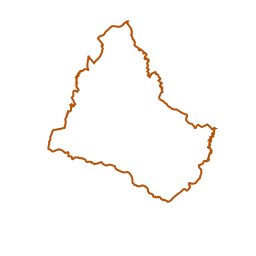 Kong Ra, Phatthalung, Thailand (Mercator projection), rotated 317°
{"feature_id": "78962969B88814874297751", "entity_name": "Kong Ra", "entity_type": "district", "adm_level": 2, "iso_a3": "THA", "parent_name": "Thailand", "parent_adm1": "Phatthalung", "projection": "mercator", "projection_center": [99.958, 7.422], "detail": "fine", "context": "isolated", "style": "outline", "palette": "amber", "viewbox_px": 256, "rotation_deg": 317, "n_neighbors": 0, "source": "geoboundaries", "source_scale": "gbopen_adm2", "svg_char_len": 5787}
<svg xmlns="http://www.w3.org/2000/svg" viewBox="0 0 256 256"><g transform="rotate(317 128 128)"><path d="M185.3,114.1L185.4,111.4L186.0,110.1L185.9,108.4L185.6,108.4L185.3,107.4L186.2,106.2L186.2,105.8L184.0,104.9L182.2,104.4L178.6,105.6L178.4,103.0L180.0,102.9L180.0,102.1L180.2,101.7L180.7,101.6L180.6,99.8L183.1,99.4L183.1,98.3L182.7,97.0L184.8,96.3L184.9,95.8L185.2,95.7L185.3,95.4L185.6,95.3L186.0,93.7L189.1,93.0L189.6,91.9L189.3,91.8L188.9,92.1L188.6,91.8L189.0,91.3L188.6,90.0L188.9,89.6L188.5,89.4L188.3,89.7L188.0,89.6L187.6,89.2L187.6,88.7L188.6,88.9L189.0,88.1L188.8,87.5L188.9,87.4L191.8,86.9L191.7,84.9L191.3,84.6L191.0,84.1L190.2,83.9L190.4,83.6L191.3,83.4L191.0,79.5L190.0,79.0L189.3,79.1L189.1,78.8L189.1,78.5L190.3,77.6L189.7,74.7L189.2,73.6L189.4,71.5L190.3,71.1L191.7,69.7L191.7,68.5L192.3,68.0L192.0,66.2L192.7,65.3L193.6,62.3L193.8,62.1L195.1,61.9L195.5,60.8L196.5,60.3L196.9,59.1L197.9,58.2L197.8,57.1L198.3,56.2L198.8,50.8L199.0,50.3L199.6,50.6L199.9,50.2L199.7,49.9L200.5,49.8L200.1,49.4L198.5,49.1L197.6,49.1L197.4,49.0L195.9,48.9L195.4,48.9L195.2,49.2L194.7,49.0L192.5,49.0L190.1,47.6L187.0,43.7L185.8,42.8L184.8,42.5L176.7,42.5L174.8,43.2L174.1,43.3L170.9,42.3L170.8,42.0L168.9,41.6L167.1,42.0L166.6,49.4L166.0,50.4L165.5,50.4L164.9,49.9L164.5,50.1L164.3,50.3L164.4,51.1L163.6,53.0L162.2,53.4L160.9,54.8L156.4,56.6L153.6,56.9L151.1,56.8L147.4,57.4L147.7,50.7L148.2,48.0L147.6,49.1L146.8,49.9L144.0,51.8L140.5,54.9L139.0,57.5L138.8,58.3L138.5,58.4L138.0,57.2L136.5,55.4L133.1,55.1L132.6,54.2L131.9,53.8L130.8,54.0L130.5,54.8L130.3,54.9L130.0,54.8L129.7,54.1L129.2,54.3L127.9,54.4L127.6,54.8L128.1,55.0L128.1,55.3L127.9,55.9L126.5,56.0L126.1,55.1L124.6,55.4L124.7,55.7L125.4,55.7L125.3,56.2L124.3,57.0L123.4,57.1L123.2,57.9L122.9,57.9L122.3,58.6L122.0,58.7L122.0,59.4L121.0,59.9L121.0,60.3L120.7,60.2L120.6,60.7L119.9,61.0L119.5,61.8L119.2,61.7L118.6,62.3L118.1,63.3L118.3,64.3L117.9,65.4L118.1,65.7L117.6,66.6L117.1,66.4L115.4,66.8L114.7,64.4L113.5,64.0L112.2,64.6L110.1,67.2L107.5,67.5L106.9,70.5L106.0,72.5L105.7,74.5L104.2,74.3L103.8,75.0L102.7,74.8L102.2,74.3L102.1,73.9L102.8,72.8L103.0,72.1L101.7,71.8L100.7,74.3L99.6,74.6L99.4,75.2L98.7,76.0L97.7,76.4L96.8,76.3L96.4,76.0L95.7,74.9L94.5,75.4L94.4,76.0L93.5,76.4L92.1,76.5L91.9,77.3L91.4,77.8L89.9,78.0L87.8,79.1L86.7,81.1L85.1,82.2L83.9,83.3L83.1,83.4L82.7,84.2L81.6,84.7L81.2,84.1L78.6,83.0L76.7,81.5L75.8,81.1L73.6,79.8L72.9,79.0L71.8,78.6L70.9,78.7L66.7,81.0L65.5,81.2L63.4,83.4L62.5,84.0L60.7,84.3L59.8,85.8L57.2,87.3L55.5,89.2L55.6,89.7L56.4,90.7L56.5,93.1L56.8,93.8L58.6,94.8L60.0,95.0L60.9,95.7L62.0,95.9L63.0,96.6L63.6,97.3L64.8,100.4L65.0,103.3L65.8,104.0L67.3,104.5L67.7,105.0L67.4,105.8L65.6,107.3L65.1,108.0L65.2,108.3L66.5,109.3L67.1,110.5L66.9,111.5L66.0,112.4L66.1,112.9L67.7,113.4L69.3,113.5L71.6,115.7L71.5,116.2L72.3,117.6L73.0,117.8L73.8,118.7L73.9,119.6L74.9,121.1L75.1,122.5L74.5,123.4L74.7,123.8L74.9,125.2L75.3,125.5L76.4,125.9L77.8,127.5L77.7,128.4L78.3,128.8L78.8,131.4L81.2,133.0L83.9,134.1L85.3,134.9L85.4,135.6L85.0,136.6L85.4,137.4L85.5,138.9L86.8,141.0L88.4,141.5L90.0,142.6L92.3,146.9L91.4,148.9L91.3,149.7L91.4,150.6L93.5,155.8L94.9,157.9L97.5,159.8L98.1,160.8L98.2,161.9L98.0,164.4L97.2,167.1L93.8,171.5L94.1,172.8L93.9,174.0L95.0,175.7L95.0,176.6L95.6,177.0L96.2,178.3L97.1,178.9L98.9,179.4L100.0,180.6L100.5,182.4L101.0,182.8L101.1,184.4L100.8,185.9L100.4,187.0L99.9,187.2L99.5,188.1L99.3,188.6L99.4,189.6L99.0,190.0L100.3,192.4L100.7,194.1L100.0,194.6L99.8,195.7L100.1,196.3L101.2,197.0L101.1,197.8L101.4,198.2L102.6,198.5L102.8,199.3L103.6,199.6L104.1,200.1L104.2,201.1L103.8,201.9L104.1,203.8L104.7,204.1L104.8,205.0L105.7,205.6L106.1,206.9L106.7,207.7L106.6,208.9L107.1,209.4L108.3,209.8L111.0,210.2L114.5,209.8L117.4,210.2L119.9,210.2L121.9,210.7L126.7,210.6L127.8,211.2L128.4,214.0L130.7,214.1L133.1,213.5L133.3,212.9L133.6,212.7L133.8,211.4L134.6,210.7L134.6,210.4L135.1,210.1L135.9,210.7L136.3,212.0L137.8,213.2L139.9,214.4L142.2,213.9L143.0,214.1L143.6,213.8L144.7,213.6L146.5,213.7L146.8,213.3L148.6,212.1L151.0,211.1L152.1,209.4L152.9,208.9L153.2,207.6L153.0,206.2L153.1,205.4L154.5,203.6L155.6,204.2L158.3,205.1L160.3,204.1L161.2,204.1L162.2,204.8L162.5,205.4L162.4,205.8L162.6,206.0L164.7,205.7L164.9,206.0L164.6,206.6L164.9,206.8L166.0,206.0L165.5,205.4L165.6,204.9L167.7,204.2L168.7,203.0L170.1,202.9L170.7,202.1L171.3,202.2L171.1,202.7L172.0,203.0L172.9,202.3L172.7,201.4L173.0,201.4L173.2,201.8L173.6,201.7L173.6,200.8L174.2,199.3L173.7,198.6L174.3,198.1L174.2,197.7L173.7,197.5L173.3,197.1L173.5,196.5L175.7,196.8L176.5,196.3L176.2,195.6L176.5,195.1L177.6,194.7L177.9,194.1L178.2,194.1L178.7,194.6L179.2,194.5L179.5,194.2L178.8,192.8L180.2,193.3L179.9,191.9L180.3,192.0L181.0,191.8L181.2,192.4L181.5,192.5L181.9,191.3L182.2,191.9L182.6,191.8L182.8,191.5L183.3,191.9L184.0,191.5L184.2,192.2L184.4,192.3L184.5,191.6L184.7,190.9L185.3,191.3L185.7,191.1L185.4,189.9L185.8,189.4L186.4,189.4L186.3,190.7L186.7,191.0L187.3,190.1L188.0,189.8L189.4,188.6L189.6,187.9L190.4,187.6L191.2,187.9L191.0,187.6L191.4,187.1L191.3,186.8L188.6,186.3L188.8,183.7L188.5,179.5L185.4,178.7L182.9,177.7L182.5,177.4L182.2,176.4L181.7,174.1L180.9,173.3L179.6,173.3L177.5,174.1L177.1,173.9L176.9,173.5L177.5,170.8L177.6,169.4L177.3,168.2L176.0,166.4L175.7,165.3L175.8,162.7L176.5,161.0L179.5,159.5L180.0,158.8L179.3,156.9L177.8,154.0L176.2,147.5L174.5,146.1L173.4,144.2L172.3,139.3L172.6,136.6L172.1,135.3L172.1,132.2L171.1,130.0L171.0,129.1L171.1,127.7L171.9,126.6L176.2,124.8L176.9,124.8L178.0,125.2L178.9,122.7L179.3,122.3L179.8,122.6L180.5,122.0L180.6,121.4L180.1,121.1L179.8,120.6L180.0,119.0L180.6,119.0L180.8,118.7L181.1,119.0L182.0,118.2L183.1,118.5L183.4,118.3L182.8,116.5L182.7,114.0L184.6,114.3L185.3,114.1Z" fill="none" stroke="#b45309" stroke-width="2"/></g></svg>